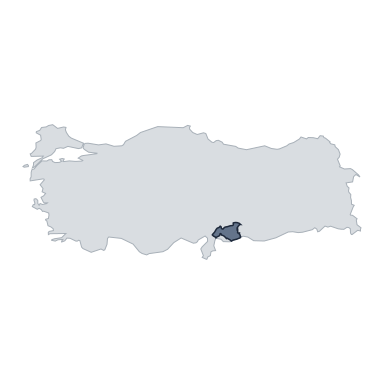 Gaziantep highlighted on a map of Turkey
{"feature_id": "TUR-3016", "entity_name": "Gaziantep", "entity_type": "Province", "adm_level": 1, "iso_a3": "TUR", "parent_name": "Turkey", "parent_adm1": "", "projection": "robinson", "projection_center": [37.547, 37.105], "detail": "fine", "context": "in_parent", "style": "filled", "palette": "slate", "viewbox_px": 384, "rotation_deg": 0, "n_neighbors": 0, "source": "natural_earth", "source_scale": "10m", "svg_char_len": 4883}
<svg xmlns="http://www.w3.org/2000/svg" viewBox="0 0 384 384"><path d="M301.0,137.0L306.5,138.9L308.3,137.5L313.3,137.7L317.7,138.7L320.1,135.7L323.3,136.1L323.9,137.6L325.4,138.1L330.1,141.9L329.6,142.4L330.8,143.8L334.8,144.8L335.2,146.7L338.4,149.6L340.1,154.1L339.2,157.2L337.5,159.2L340.2,165.9L339.5,166.8L344.4,169.0L350.5,168.6L352.4,169.6L358.5,174.9L360.0,177.0L355.9,174.5L353.6,176.6L352.6,181.9L346.1,182.9L347.2,186.3L349.0,187.9L348.5,191.1L349.0,192.4L350.8,194.5L350.6,197.5L351.4,200.5L351.5,204.2L354.2,205.3L353.1,207.1L350.2,214.5L350.5,215.1L352.5,215.3L357.1,218.8L356.3,219.9L357.0,224.7L361.0,227.8L360.4,229.4L360.5,231.0L357.7,230.3L352.0,234.6L351.4,234.5L350.5,233.0L350.3,228.7L348.8,227.6L347.0,227.3L343.9,229.3L341.1,229.2L338.2,228.8L330.6,226.2L327.9,227.1L325.0,226.1L319.4,231.3L317.7,231.8L316.8,229.1L314.8,227.7L312.3,229.7L302.6,232.2L298.2,232.6L292.7,231.7L288.2,232.0L275.9,237.8L264.2,241.0L253.7,240.7L247.9,237.1L243.4,236.2L229.9,241.8L223.3,241.6L221.1,239.3L216.0,238.3L214.9,240.5L213.8,245.8L215.6,250.6L212.7,250.9L210.9,251.9L210.4,255.6L207.8,257.0L206.9,259.2L206.4,259.3L202.2,257.4L203.4,255.7L200.8,249.0L202.1,246.9L207.6,241.4L207.5,238.2L205.1,236.0L198.2,240.0L197.5,241.6L196.0,242.8L193.4,243.2L181.1,238.0L173.8,242.6L167.6,249.3L162.9,251.7L149.2,253.6L146.7,254.9L142.1,253.5L139.3,251.7L133.1,244.1L121.3,238.4L108.7,237.0L107.5,238.5L107.0,244.3L104.8,249.8L103.7,250.4L101.0,249.0L91.2,252.3L83.0,248.6L81.6,247.1L79.9,240.7L78.7,240.2L77.3,241.1L75.9,241.1L70.1,238.3L66.9,238.1L64.8,240.8L61.7,242.0L61.6,241.2L62.9,239.4L57.9,239.8L55.2,241.1L51.6,240.3L51.9,239.6L54.8,238.7L61.6,237.7L65.9,233.5L50.0,233.7L48.4,234.6L48.3,232.4L49.2,231.4L53.4,230.6L53.2,228.7L50.7,226.8L48.0,225.7L46.9,221.1L45.5,219.9L45.7,219.3L48.4,218.5L49.0,215.1L48.7,213.0L43.7,211.2L42.5,211.4L41.3,209.6L39.1,208.3L37.3,209.3L32.3,206.6L33.3,204.6L34.6,204.6L34.9,203.1L34.0,200.4L34.1,199.1L35.3,198.7L36.5,199.0L37.8,200.5L37.8,203.5L39.1,205.3L40.1,203.5L42.5,204.5L46.7,203.6L47.5,202.8L44.5,202.9L43.4,202.2L41.0,197.3L43.7,195.8L45.6,193.4L42.1,191.8L43.0,188.5L40.1,184.7L44.3,179.9L44.1,179.2L42.9,178.9L30.2,180.9L30.1,178.8L31.1,176.9L31.2,172.2L31.9,169.7L34.2,168.9L37.3,165.2L42.1,160.9L46.9,161.0L48.9,159.8L51.8,159.7L52.5,161.4L55.0,162.6L59.4,162.4L61.6,161.3L59.6,159.2L62.2,158.5L64.2,159.0L63.0,161.3L63.6,161.6L69.3,160.9L75.3,161.4L81.9,161.1L82.8,160.4L78.2,158.1L81.3,156.0L83.0,155.6L96.9,153.7L97.0,153.2L88.6,152.2L84.3,149.4L83.1,147.9L84.1,144.3L85.1,143.4L88.1,143.2L98.5,144.9L106.0,143.9L114.0,146.3L121.8,145.8L123.5,144.7L125.5,141.3L136.6,135.5L140.5,132.5L157.7,126.6L183.2,127.7L187.7,125.4L190.3,126.1L189.5,127.6L189.6,129.1L192.7,132.5L197.2,134.5L203.5,132.8L205.8,133.5L208.0,139.0L211.9,142.2L213.7,142.5L216.2,140.6L218.4,140.3L222.2,142.2L223.5,144.2L235.7,146.4L238.2,148.1L246.5,149.7L264.7,145.8L271.4,148.5L277.1,149.3L279.4,148.9L286.8,145.8L289.1,144.0L293.7,142.5L299.4,139.0L301.0,137.0ZM66.0,127.4L65.4,129.8L66.4,132.5L68.8,136.2L71.3,138.1L83.5,143.2L81.6,147.9L78.5,148.6L67.9,146.4L63.5,148.3L60.4,147.8L56.0,148.7L54.7,151.5L51.5,154.8L42.8,158.8L34.6,166.8L32.4,167.9L33.5,165.1L33.5,162.7L37.1,160.0L42.0,157.8L43.3,156.1L31.2,156.4L30.2,153.9L31.5,153.4L35.6,149.1L36.1,147.3L35.9,143.0L40.7,140.5L41.2,139.5L40.6,135.2L36.2,132.8L36.4,131.6L39.7,130.4L41.6,127.5L46.3,126.9L48.6,125.5L52.7,124.7L57.6,128.4L63.6,127.0L66.0,127.4ZM28.3,166.6L24.3,167.2L23.0,166.6L24.4,165.3L27.5,164.4L28.5,165.7L28.3,166.6Z" fill="#d9dde1" stroke="#a8b0b8" stroke-width="1"/><path d="M240.4,237.6L240.1,237.8L239.6,238.0L236.7,239.2L233.8,239.9L232.7,240.3L231.4,241.1L229.9,239.8L228.3,238.9L227.0,238.2L226.4,238.6L225.7,237.7L224.2,236.2L222.8,235.4L221.6,235.1L221.1,233.9L220.4,233.6L219.9,234.0L219.7,235.5L218.5,236.2L217.0,236.9L216.0,237.8L215.9,237.6L215.6,237.6L215.4,237.4L215.2,237.0L214.9,236.7L213.5,236.1L212.3,234.9L212.8,234.1L213.4,233.5L214.7,232.0L215.7,230.2L216.4,229.1L217.2,228.2L219.3,227.3L220.2,226.2L221.0,226.7L221.5,228.6L222.9,229.1L224.5,227.4L225.5,227.0L227.7,226.6L230.1,225.8L231.2,225.6L232.4,225.6L233.1,225.2L233.4,224.2L233.2,223.6L233.3,222.9L235.2,222.5L237.1,222.6L239.2,223.3L240.6,224.5L240.3,224.5L240.0,224.5L239.7,224.5L238.7,225.7L238.1,226.3L237.9,226.5L237.8,227.1L237.7,227.2L237.4,227.4L237.3,227.5L237.1,228.3L237.4,228.5L237.6,228.7L237.7,229.0L237.7,229.5L237.5,229.3L237.3,229.2L237.2,229.4L237.1,229.7L237.2,230.1L237.3,230.4L237.6,230.8L237.7,231.1L237.7,231.3L237.7,231.8L237.6,232.4L237.6,232.7L237.8,232.9L238.1,232.8L238.4,233.1L238.6,233.2L239.1,233.0L239.4,232.9L239.6,233.0L239.5,233.3L239.3,233.8L239.3,234.1L239.4,234.3L239.6,234.6L240.1,235.0L240.2,235.7L240.2,236.0L240.3,236.2L240.6,236.5L240.3,236.9L240.3,237.1L240.3,237.4L240.4,237.6L240.4,237.6Z" fill="#64748b" stroke="#1e293b" stroke-width="1.5"/></svg>